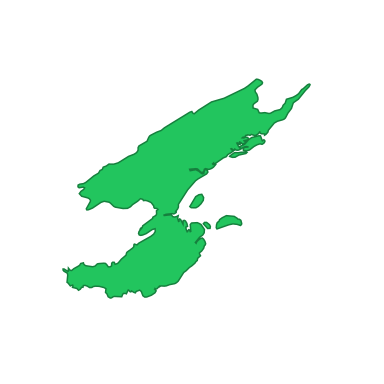 outline of Chittagong, rotated 248°
{"feature_id": "BGD-2476", "entity_name": "Chittagong", "entity_type": "Division", "adm_level": 1, "iso_a3": "BGD", "parent_name": "Bangladesh", "parent_adm1": "", "projection": "orthographic", "projection_center": [91.588, 22.498], "detail": "fine", "context": "isolated", "style": "filled", "palette": "green", "viewbox_px": 384, "rotation_deg": 248, "n_neighbors": 0, "source": "natural_earth", "source_scale": "10m", "svg_char_len": 6082}
<svg xmlns="http://www.w3.org/2000/svg" viewBox="0 0 384 384"><g transform="rotate(248 192 192)"><path d="M269.3,283.6L272.5,293.9L271.8,295.3L270.2,296.9L268.4,298.2L266.8,298.3L265.8,297.2L264.6,292.0L263.1,288.6L261.0,288.2L258.4,288.8L255.0,288.5L253.2,287.9L251.7,286.7L250.6,282.4L249.6,281.0L247.0,280.1L244.0,283.8L240.2,284.0L239.3,285.7L238.3,289.3L236.1,292.5L235.6,294.0L236.2,299.1L235.4,304.6L236.5,307.3L238.3,309.0L239.4,311.6L242.6,314.3L242.0,321.1L242.4,324.6L243.2,327.7L245.9,332.1L246.1,333.7L248.1,339.2L248.2,341.1L247.5,341.7L247.0,341.4L245.6,339.7L243.7,335.3L238.2,325.4L236.9,319.9L236.4,319.0L232.2,315.5L229.2,310.5L225.7,306.4L225.1,305.0L225.0,303.2L225.6,297.7L225.1,294.1L220.7,286.0L219.0,284.7L217.7,282.0L217.5,280.6L218.6,281.1L220.1,278.0L221.4,277.0L222.9,277.6L221.9,276.6L221.1,275.1L220.6,271.7L223.2,268.5L222.8,267.1L224.2,265.0L223.9,264.2L224.4,263.4L224.2,262.7L223.2,261.9L223.7,259.5L223.4,258.9L222.8,260.1L223.4,260.1L222.4,263.0L221.5,264.2L220.1,264.2L219.5,263.2L220.1,259.5L219.6,259.5L219.2,261.0L218.4,260.9L217.4,258.6L217.7,256.7L219.4,256.0L220.6,254.9L220.1,254.3L218.8,255.3L218.2,254.5L218.7,253.3L220.6,252.5L220.6,251.9L216.9,252.2L214.2,253.1L213.4,252.4L213.5,250.3L214.4,248.5L215.8,247.8L215.2,246.9L215.5,246.1L217.4,244.9L217.4,244.3L215.8,244.8L214.7,246.2L213.9,243.3L213.3,239.1L211.9,237.1L211.9,233.8L209.9,225.2L209.7,222.2L210.8,222.7L210.4,221.6L209.7,221.8L209.2,222.9L209.2,224.5L208.7,224.5L207.0,221.2L206.5,219.1L206.5,217.0L206.8,215.7L208.6,213.4L208.5,212.0L206.5,210.5L206.2,208.4L207.6,207.4L211.3,205.8L212.2,204.3L214.0,198.3L212.4,198.3L211.5,202.8L211.6,203.5L209.0,205.9L205.4,207.9L204.8,208.7L205.0,210.1L207.6,211.7L207.6,213.3L206.2,214.3L204.5,214.2L203.3,212.3L201.9,202.6L201.1,199.5L195.7,188.9L185.7,174.8L183.2,173.8L181.8,172.5L180.1,169.6L179.5,170.0L178.9,169.6L178.5,167.6L178.6,166.6L179.4,165.5L181.1,159.5L181.1,157.4L180.6,157.4L178.9,163.5L178.2,164.4L176.4,164.9L175.4,166.3L175.0,168.2L175.2,170.3L172.9,168.8L169.8,168.5L169.8,169.1L171.5,169.6L171.7,170.4L170.9,171.1L165.5,171.6L168.8,173.1L168.5,174.4L167.5,175.1L164.9,175.5L161.8,175.0L161.7,173.1L159.6,172.6L156.9,172.6L156.9,173.1L157.9,174.0L158.3,174.9L157.7,175.5L155.9,175.5L155.9,176.1L162.5,178.2L163.4,179.9L163.1,181.0L161.6,185.4L160.0,187.0L158.5,188.2L152.6,189.5L149.6,188.0L148.0,185.7L147.2,182.1L144.0,176.2L142.9,176.6L144.1,177.8L145.1,180.2L145.7,182.6L145.5,184.3L143.9,185.1L141.4,185.5L139.0,185.3L138.0,184.5L137.5,183.3L135.4,181.7L133.5,178.6L132.9,176.2L132.0,175.8L129.7,176.0L128.4,172.4L126.5,171.2L126.0,169.6L124.9,168.0L123.6,164.2L123.0,161.3L121.2,157.1L120.5,154.2L114.5,145.8L113.7,143.6L113.5,141.7L114.5,136.5L114.6,133.0L115.1,131.1L116.6,127.9L116.3,126.3L116.8,126.3L115.5,123.5L115.5,122.4L116.3,121.6L115.7,121.4L115.7,121.0L113.8,121.7L112.4,119.9L111.5,115.7L111.6,110.7L112.3,108.8L114.2,107.6L118.8,107.7L120.6,106.7L120.7,103.5L120.4,102.4L119.7,101.8L120.4,100.8L122.9,98.8L122.3,97.9L122.7,97.2L124.8,96.5L125.0,96.1L122.2,93.0L122.9,92.3L123.6,90.5L123.1,89.4L121.2,87.6L124.3,80.8L124.4,79.6L124.0,77.7L124.3,76.5L126.3,75.0L129.2,75.0L131.3,74.2L134.5,76.0L136.3,74.7L139.3,70.6L140.9,67.1L141.3,65.0L141.0,63.3L141.7,61.3L143.9,59.7L145.4,58.0L146.0,56.2L144.5,55.2L145.0,54.0L143.7,52.0L143.4,50.0L145.7,49.1L148.3,45.5L149.3,46.4L150.4,46.5L150.5,44.0L154.0,43.0L155.1,42.3L161.4,45.6L163.4,46.0L166.5,43.6L167.9,43.2L168.9,43.6L168.6,44.5L164.9,47.2L164.9,47.6L167.7,48.9L165.0,49.7L164.3,51.0L165.2,53.8L165.9,59.3L166.3,60.6L167.4,62.0L167.0,64.8L165.7,64.6L164.4,65.1L163.3,66.1L159.9,71.9L159.6,74.3L160.8,77.3L160.5,78.9L159.0,83.6L158.2,85.0L156.7,85.7L154.0,86.3L153.3,87.9L153.6,89.7L156.1,90.9L156.6,92.2L155.9,93.6L153.8,93.6L153.6,95.7L153.9,97.1L156.2,101.4L158.1,107.1L160.1,108.6L160.6,109.4L162.2,115.8L163.0,117.5L165.0,118.5L165.3,119.0L163.6,121.2L164.5,123.5L166.3,137.2L167.3,140.7L169.2,143.2L171.8,144.0L172.1,141.1L170.6,134.0L170.6,130.2L171.0,128.2L171.9,127.0L173.6,126.9L175.2,128.1L176.9,131.0L177.2,130.3L177.7,131.0L177.7,132.5L179.1,133.6L182.2,145.5L183.3,146.3L183.8,149.7L184.8,150.9L187.9,152.0L188.6,154.0L189.9,153.3L191.0,151.2L191.8,150.9L193.4,151.3L197.2,150.3L198.1,149.7L200.6,147.2L201.9,145.2L202.0,144.1L202.3,143.7L203.5,143.7L205.1,141.7L203.8,138.1L202.6,132.2L201.4,129.5L201.0,126.1L202.5,121.9L206.7,115.2L208.0,114.1L212.3,112.2L213.6,111.3L216.3,107.1L216.5,103.8L214.4,93.9L214.3,90.7L214.4,88.8L214.9,87.7L216.0,87.7L221.2,94.1L222.4,94.8L224.2,94.3L225.6,93.1L229.4,88.1L232.7,86.9L234.2,89.3L235.0,92.6L236.1,94.0L237.3,92.9L238.2,88.9L239.5,88.2L241.1,89.0L241.3,90.9L240.4,94.5L240.7,97.3L243.7,107.0L244.5,112.4L246.4,114.8L246.5,117.2L248.3,119.0L248.2,122.3L249.0,125.4L247.1,129.9L246.7,134.6L248.8,146.6L248.7,152.5L249.3,155.4L250.8,157.6L253.4,158.7L254.6,160.1L255.9,169.3L258.9,172.4L259.8,173.7L260.1,175.0L260.7,181.6L260.6,186.5L261.9,190.6L266.8,219.8L266.7,222.0L264.6,222.4L263.7,223.3L265.5,229.0L268.2,243.8L266.9,256.9L268.4,279.3L269.3,283.6ZM154.2,204.0L154.8,206.1L156.0,207.2L156.8,210.3L157.2,215.0L153.6,222.0L150.8,224.0L149.8,224.3L148.9,225.8L147.4,226.7L144.2,226.3L143.3,225.7L142.8,224.4L145.1,221.7L147.1,218.0L147.8,213.9L148.4,201.3L149.8,201.1L152.5,202.5L154.2,204.0ZM216.3,253.1L216.5,258.7L219.4,264.3L220.1,267.7L219.1,275.0L218.4,276.5L213.1,276.4L213.5,278.2L212.5,278.7L211.7,278.6L210.6,277.5L210.0,275.4L210.0,274.8L211.2,273.0L211.4,270.1L211.0,266.6L209.4,261.0L209.8,257.8L211.3,255.3L212.2,255.4L213.3,256.3L213.7,257.4L212.5,261.3L213.7,259.7L214.2,257.7L214.1,255.5L213.6,253.7L216.3,253.1ZM179.3,184.5L186.3,193.7L186.9,197.4L186.2,200.2L182.5,200.7L180.0,199.3L177.7,195.9L176.3,192.5L175.9,189.7L177.7,185.4L179.3,184.5ZM212.5,245.8L212.2,247.2L211.1,249.4L210.5,252.3L208.8,257.0L208.1,257.8L207.5,256.4L208.7,249.3L208.1,245.0L209.0,242.4L210.9,240.2L211.3,240.8L212.5,245.8ZM152.3,192.8L158.3,190.6L159.1,192.2L158.3,194.2L155.1,196.0L153.1,196.1L151.5,195.1L152.3,192.8Z" fill="#22c55e" stroke="#15803d" stroke-width="1.5"/></g></svg>